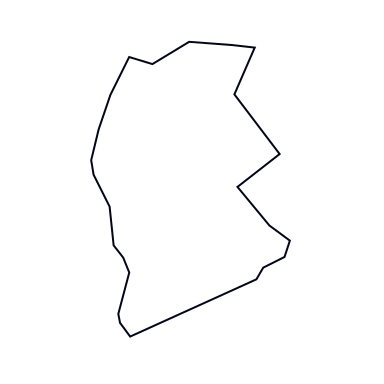 Flacq, Natural Earth projection, rotated 190°
{"feature_id": "MUS-5184", "entity_name": "Flacq", "entity_type": "District", "adm_level": 1, "iso_a3": "MUS", "parent_name": "Mauritius", "parent_adm1": "", "projection": "natural_earth1", "projection_center": [57.71, -20.212], "detail": "fine", "context": "isolated", "style": "outline", "palette": "ink", "viewbox_px": 384, "rotation_deg": 190, "n_neighbors": 0, "source": "natural_earth", "source_scale": "10m", "svg_char_len": 471}
<svg xmlns="http://www.w3.org/2000/svg" viewBox="0 0 384 384"><g transform="rotate(190 192 192)"><path d="M227.8,38.9L240.2,50.7L243.4,59.2L239.8,101.8L248.4,115.5L259.9,125.8L270.6,163.3L291.9,191.9L296.8,205.8L294.8,237.5L289.2,273.6L277.3,314.0L253.2,311.1L220.9,339.4L177.9,343.7L155.3,345.1L167.2,295.5L112.3,244.6L148.1,204.9L109.9,172.4L87.2,161.1L87.9,155.9L89.6,144.1L108.7,129.9L113.4,117.2L227.8,38.9Z" fill="none" stroke="#020617" stroke-width="2"/></g></svg>